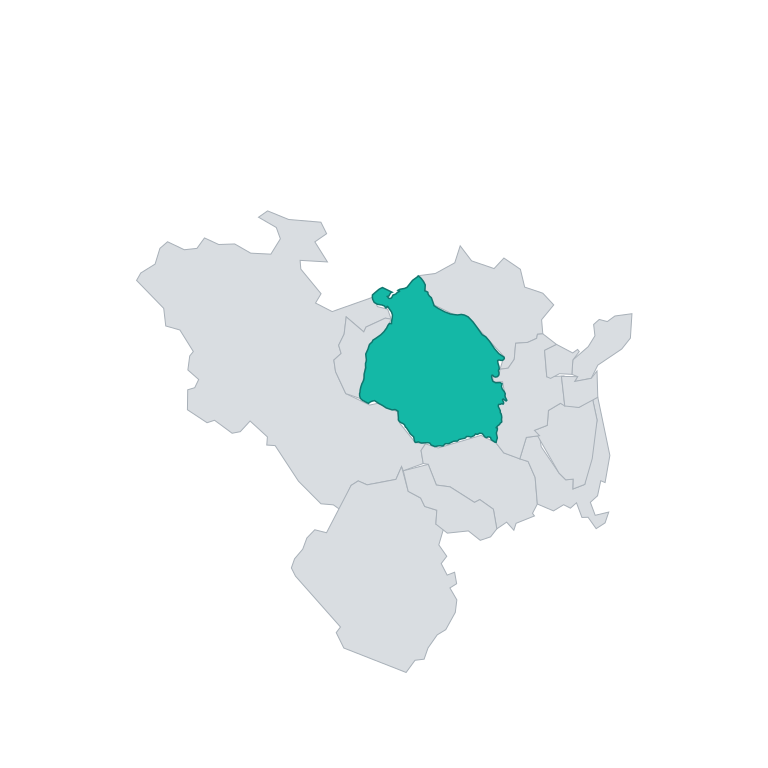 Romania highlighted among its neighbors, rotated 223°
{"feature_id": "ROU", "entity_name": "Romania", "entity_type": "country or territory", "adm_level": 0, "iso_a3": "ROU", "parent_name": "Europe", "parent_adm1": "", "projection": "orthographic", "projection_center": [24.529, 45.967], "detail": "fine", "context": "with_neighbors", "style": "filled", "palette": "teal", "viewbox_px": 768, "rotation_deg": 223, "n_neighbors": 12, "source": "natural_earth", "source_scale": "50m", "svg_char_len": 7911}
<svg xmlns="http://www.w3.org/2000/svg" viewBox="0 0 768 768"><g transform="rotate(223 384 384)"><path d="M558.8,419.5L569.5,425.0L589.5,420.4L587.2,431.2L565.9,439.3L540.5,459.3L528.5,454.8L531.5,440.8L508.6,434.7L529.7,417.2L523.2,411.3L491.6,407.1L489.3,396.5L471.3,401.6L451.1,440.4L441.6,436.1L432.3,441.2L423.0,436.3L428.0,433.0L436.0,413.4L434.3,408.3L457.4,407.3L447.2,393.3L443.6,381.4L436.2,377.1L437.0,367.3L427.9,360.0L405.4,350.9L380.1,358.8L375.4,365.6L354.6,373.1L345.5,366.0L321.2,362.5L312.8,368.5L311.6,360.7L301.1,352.6L310.7,333.7L314.8,335.5L310.2,322.4L327.6,298.7L336.8,295.5L338.9,287.4L330.0,262.2L338.6,261.1L348.4,253.4L380.3,254.6L421.6,264.7L428.1,259.4L433.2,265.8L456.7,265.6L456.6,251.1L461.5,244.4L483.2,241.9L487.0,235.0L510.2,231.1L523.6,245.9L519.9,252.2L522.6,260.9L537.0,260.5L545.2,272.0L545.6,277.7L570.1,284.3L583.2,277.6L596.7,289.1L635.6,291.0L637.6,299.3L633.2,315.6L640.4,330.4L639.3,340.4L621.6,346.0L613.3,355.6L614.9,368.4L600.0,373.3L588.7,384.6L570.7,388.8L555.3,401.8L558.8,419.5Z" fill="#d9dde1" stroke="#a8b0b8" stroke-width="1"/><path d="M330.2,195.2L330.8,207.8L335.4,218.8L335.2,230.2L324.6,236.0L338.9,287.4L336.8,295.5L327.6,298.7L310.2,322.4L314.8,335.5L293.1,322.0L279.4,325.6L270.7,322.2L259.3,327.7L250.5,316.9L242.5,320.3L234.2,303.7L220.6,300.8L219.7,291.7L207.5,287.3L204.0,294.5L194.7,287.5L196.7,279.8L183.5,275.8L176.1,265.6L171.3,246.5L174.0,236.8L171.8,221.0L167.0,210.1L172.9,203.1L171.1,188.1L233.3,163.5L249.4,169.6L250.1,176.6L317.7,183.1L326.3,186.3L330.2,195.2Z" fill="#d9dde1" stroke="#a8b0b8" stroke-width="1"/><path d="M301.1,352.6L311.6,360.7L312.8,368.5L300.7,374.2L278.0,412.6L261.8,417.3L249.4,415.3L225.7,425.6L209.7,418.7L190.0,400.8L187.2,390.7L184.0,390.1L192.4,372.2L189.3,365.6L200.1,366.6L202.7,355.0L218.6,367.0L235.1,364.8L237.1,359.1L265.6,353.8L276.8,345.8L296.9,355.4L301.1,352.6Z" fill="#d9dde1" stroke="#a8b0b8" stroke-width="1"/><path d="M388.3,358.6L405.4,350.9L427.9,360.0L437.0,367.3L436.2,377.1L443.6,381.4L447.2,393.3L457.4,407.3L434.3,408.3L436.0,413.4L428.0,433.0L423.0,436.3L418.8,423.3L419.2,398.3L394.2,361.2L388.3,358.6Z" fill="#d9dde1" stroke="#a8b0b8" stroke-width="1"/><path d="M309.2,473.9L315.0,485.9L369.7,490.0L380.0,482.4L404.2,475.1L432.1,487.4L421.8,499.9L414.9,520.9L422.5,537.0L403.9,533.8L382.2,543.5L382.2,557.9L362.5,560.9L347.2,550.8L329.8,558.7L313.8,557.6L312.6,538.5L302.1,529.0L305.7,525.0L303.5,521.5L307.3,512.4L315.5,503.6L305.6,490.9L304.0,480.3L309.2,473.9Z" fill="#d9dde1" stroke="#a8b0b8" stroke-width="1"/><path d="M271.3,570.5L270.6,578.0L263.3,581.9L261.5,591.2L250.6,604.5L235.1,585.6L234.0,571.8L240.5,543.6L236.3,529.5L246.3,515.9L247.4,521.4L253.2,519.2L262.3,530.4L260.1,550.6L262.6,563.1L271.3,570.5Z" fill="#d9dde1" stroke="#a8b0b8" stroke-width="1"/><path d="M190.0,400.8L209.7,418.7L225.7,425.6L233.6,421.8L243.5,442.0L235.0,452.3L226.2,445.3L195.2,438.2L185.7,437.9L180.7,443.5L174.2,436.1L168.7,447.5L203.5,502.9L221.3,515.3L218.6,520.1L170.1,485.8L155.1,462.7L159.5,461.1L151.6,447.9L152.4,438.2L140.0,432.0L132.3,443.6L127.6,433.2L130.2,422.9L143.9,425.7L148.2,421.4L162.2,428.4L163.0,420.3L170.3,418.2L173.5,406.8L190.0,400.8Z" fill="#d9dde1" stroke="#a8b0b8" stroke-width="1"/><path d="M310.7,333.7L296.9,355.4L276.8,345.8L265.6,353.8L237.1,359.1L235.1,364.8L218.6,367.0L202.7,355.0L201.8,344.9L207.0,335.3L222.1,334.1L236.0,318.1L250.5,316.9L259.3,327.7L270.7,322.2L279.4,325.6L293.1,322.0L310.7,333.7Z" fill="#d9dde1" stroke="#a8b0b8" stroke-width="1"/><path d="M221.3,515.3L203.5,502.9L180.8,471.4L168.7,447.5L174.2,436.1L180.7,443.5L185.7,437.9L195.2,438.2L242.4,452.7L236.4,465.1L245.7,476.8L241.8,490.2L225.5,499.7L221.3,515.3Z" fill="#d9dde1" stroke="#a8b0b8" stroke-width="1"/><path d="M233.6,421.8L249.4,415.3L261.8,417.3L272.0,429.2L273.9,438.5L286.0,445.8L287.1,457.8L298.8,466.5L305.5,460.3L310.5,464.0L305.6,468.7L309.2,473.9L304.0,480.3L305.6,490.9L315.5,503.6L307.3,512.4L303.5,521.5L305.7,525.0L302.1,529.0L284.8,530.6L289.5,518.1L269.9,500.3L257.5,513.0L259.4,510.6L236.8,491.2L241.8,490.2L245.7,476.8L236.4,465.1L242.4,452.7L235.0,452.3L243.5,442.0L233.6,421.8Z" fill="#d9dde1" stroke="#a8b0b8" stroke-width="1"/><path d="M259.4,510.6L247.4,521.4L246.3,515.9L236.3,529.5L237.1,538.8L218.6,520.1L225.5,499.7L236.8,491.2L259.4,510.6Z" fill="#d9dde1" stroke="#a8b0b8" stroke-width="1"/><path d="M263.3,540.9L262.3,530.4L253.2,519.2L262.7,511.2L266.0,501.7L269.9,500.3L289.5,518.1L284.8,530.6L267.2,535.4L266.0,541.3L263.3,540.9Z" fill="#d9dde1" stroke="#a8b0b8" stroke-width="1"/><path d="M422.7,437.5L424.9,440.3L427.7,441.8L434.1,443.2L434.6,442.9L434.7,442.6L434.2,442.2L434.1,441.6L434.4,440.9L435.3,440.9L436.7,441.4L439.4,440.4L443.2,437.8L446.8,437.0L450.2,438.3L452.0,439.8L453.2,441.3L453.0,443.2L452.9,444.4L452.3,449.5L451.8,451.3L450.9,453.5L440.7,456.6L441.3,455.4L440.9,453.3L440.4,451.7L441.3,450.3L438.9,449.9L437.9,450.7L437.2,452.1L438.1,455.2L437.1,457.0L436.7,458.0L436.7,460.3L436.1,461.3L436.0,462.4L437.7,462.0L437.0,464.1L434.1,468.0L433.1,470.4L433.8,479.3L432.7,484.8L432.7,486.4L429.3,486.6L428.3,486.5L425.0,485.9L421.4,484.6L419.2,481.9L417.8,480.0L414.8,481.0L414.2,480.8L413.3,479.9L411.0,479.3L408.2,479.4L401.7,476.0L401.0,475.4L396.1,476.2L388.7,478.2L383.1,480.5L377.3,484.6L374.9,487.6L372.2,489.3L368.2,490.5L361.2,490.1L353.8,488.7L345.9,487.0L341.7,487.9L335.9,487.2L327.3,485.2L320.8,484.5L314.4,485.5L313.4,484.7L313.2,483.7L313.4,482.3L314.4,481.1L315.9,480.3L316.7,479.4L316.8,478.6L315.1,477.1L311.7,475.1L310.2,473.8L309.9,473.5L309.8,472.4L309.1,471.5L307.8,470.8L306.7,469.7L306.0,468.0L306.2,466.4L307.3,465.0L308.7,464.4L310.3,464.6L311.0,464.2L310.8,463.2L309.2,461.8L306.3,460.2L303.2,461.0L300.1,464.2L297.8,464.7L296.5,462.4L294.2,461.0L290.7,460.4L288.6,459.5L287.8,458.2L286.4,457.1L283.1,455.9L283.1,454.9L283.6,454.7L284.8,454.6L286.4,454.5L286.7,453.9L286.7,453.4L285.5,452.7L284.2,452.2L283.6,451.7L283.2,451.2L283.1,450.7L283.5,450.3L284.0,450.3L284.5,450.0L284.9,448.8L285.6,447.8L286.1,447.5L286.1,446.7L285.6,446.0L284.9,445.4L283.9,445.0L280.8,443.8L279.3,442.3L278.3,442.2L276.8,441.3L275.2,440.0L273.8,438.1L272.3,436.9L272.0,436.4L271.9,436.0L272.2,435.5L272.3,434.9L271.9,433.1L272.3,431.3L272.3,429.5L272.3,428.7L272.0,428.5L271.8,428.7L271.4,429.1L271.0,429.1L269.9,427.8L268.6,425.1L267.7,424.2L265.8,422.9L264.3,421.8L263.3,419.6L262.2,417.8L263.0,417.2L267.6,416.4L269.6,417.5L270.6,417.2L271.6,416.5L272.1,415.9L272.2,415.2L272.7,414.4L274.3,414.1L278.3,414.8L280.0,413.7L280.6,413.1L281.0,411.7L281.5,410.6L283.0,410.0L283.0,409.0L282.8,407.9L283.8,405.4L284.3,404.4L285.1,404.1L286.2,403.4L287.9,401.8L287.6,400.4L288.0,399.3L289.8,396.8L291.3,394.4L291.3,393.2L291.5,392.1L292.8,391.0L294.1,389.5L295.9,384.7L296.5,383.9L297.6,383.0L298.4,382.2L298.6,379.0L299.4,378.1L300.9,377.1L302.3,375.5L303.6,373.6L304.5,372.7L305.7,372.5L307.0,371.8L308.4,371.6L309.8,372.0L310.7,371.8L312.0,370.9L315.5,367.4L316.0,366.7L316.7,366.2L319.5,365.0L320.2,363.8L321.2,362.7L322.4,362.8L326.3,365.6L330.6,365.5L331.4,365.6L331.6,365.7L332.1,365.9L337.8,367.3L338.7,367.2L338.9,367.1L341.2,368.2L343.2,368.0L345.1,367.3L347.1,367.0L349.0,367.5L350.4,369.1L354.0,372.4L355.1,373.6L356.8,373.4L358.6,372.8L360.4,370.6L366.1,368.0L370.5,367.3L374.7,366.2L379.6,365.4L381.0,363.3L381.7,361.8L382.2,359.2L384.8,358.4L387.3,357.8L388.2,357.5L390.0,357.3L391.5,357.5L393.7,358.7L395.3,360.3L395.9,361.6L397.3,363.3L398.8,365.8L400.4,369.2L400.8,370.9L401.4,372.7L402.7,374.9L405.0,377.4L405.3,377.8L406.3,379.5L408.4,383.4L410.1,384.9L411.6,386.5L412.3,388.2L413.4,389.7L415.8,391.7L417.8,393.5L419.6,398.8L420.8,401.2L421.6,403.1L421.4,406.9L422.0,408.5L421.2,411.6L419.9,417.7L419.7,422.5L420.1,425.1L420.2,426.7L420.6,427.8L421.2,429.9L421.3,431.8L420.8,432.4L420.0,432.9L419.7,433.3L420.5,434.1L421.6,435.7L422.7,437.5Z" fill="#14b8a6" stroke="#0f766e" stroke-width="1.5"/></g></svg>